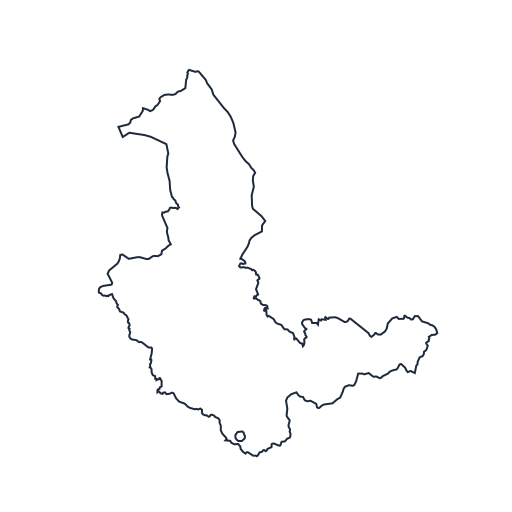 Bambesa, Orientale, Democratic Republic of the Congo, rotated 168°
{"feature_id": "63176286B69142293994365", "entity_name": "Bambesa", "entity_type": "district", "adm_level": 2, "iso_a3": "COD", "parent_name": "Democratic Republic of the Congo", "parent_adm1": "Orientale", "projection": "robinson", "projection_center": [25.884, 2.972], "detail": "fine", "context": "isolated", "style": "outline", "palette": "slate", "viewbox_px": 512, "rotation_deg": 168, "n_neighbors": 0, "source": "geoboundaries", "source_scale": "gbopen_adm2", "svg_char_len": 6092}
<svg xmlns="http://www.w3.org/2000/svg" viewBox="0 0 512 512"><g transform="rotate(168 256 256)"><path d="M125.0,108.5L122.0,115.4L120.6,116.4L119.9,118.9L116.9,122.9L113.9,123.4L112.4,124.9L111.5,127.5L109.3,128.4L107.9,130.2L106.7,132.6L107.7,135.1L107.5,135.9L104.7,136.9L104.6,138.0L103.7,139.0L103.8,140.9L100.7,142.2L96.8,141.8L94.7,143.0L95.0,146.8L96.2,149.8L98.3,151.8L99.7,152.3L101.7,154.5L107.2,157.5L110.0,163.5L113.2,164.2L115.7,161.5L117.5,161.6L118.8,163.4L120.8,164.3L122.7,166.7L123.3,166.6L124.2,164.2L125.0,163.9L129.5,164.8L131.0,167.2L135.7,166.6L141.1,162.6L143.3,157.7L145.6,155.3L150.4,153.2L153.1,153.9L154.7,155.7L155.4,155.9L156.7,154.5L159.9,152.9L161.2,154.3L162.0,157.2L176.8,175.2L177.8,175.4L180.0,173.1L182.2,172.8L183.0,173.0L189.0,178.3L191.3,179.6L197.2,180.5L198.3,179.4L198.9,179.5L200.8,181.8L201.2,181.3L201.2,179.1L205.0,180.5L205.9,179.4L207.8,181.0L209.7,176.0L210.6,177.9L215.0,178.8L215.3,182.1L217.1,183.2L221.4,183.7L223.0,183.3L224.7,181.6L225.1,180.0L223.2,175.6L221.9,174.1L224.3,172.6L224.7,171.8L224.0,170.3L224.1,168.4L223.3,166.5L223.5,165.8L225.5,165.2L226.2,164.3L226.7,161.0L227.9,158.7L228.9,158.0L229.0,160.8L230.9,161.6L233.8,167.0L234.5,167.2L235.8,166.4L236.0,167.0L235.2,169.0L235.8,172.8L239.1,175.3L240.4,177.6L243.5,178.5L245.6,183.4L249.3,185.5L250.7,187.1L251.9,190.7L255.9,194.7L257.3,194.4L257.9,196.4L257.3,200.3L257.6,200.9L259.2,200.6L259.4,201.3L258.4,203.1L257.5,203.3L256.5,202.3L255.5,202.2L255.4,204.4L256.1,205.6L259.6,206.8L261.2,208.6L261.1,210.7L261.9,211.9L263.1,212.5L264.6,214.4L266.8,214.8L267.0,215.3L265.9,216.9L264.4,216.4L263.4,217.5L261.9,217.9L262.9,223.5L259.4,229.1L259.3,230.6L259.8,231.6L259.3,232.3L257.6,232.9L257.2,233.9L258.1,237.3L259.7,237.8L259.5,240.2L260.3,241.9L261.6,243.1L262.7,242.9L263.4,244.2L266.8,246.4L268.7,246.6L270.0,247.6L273.3,247.9L274.5,249.0L274.6,249.8L272.9,251.8L271.6,251.9L270.5,250.9L268.0,250.9L267.8,252.3L268.2,253.4L270.2,255.7L271.9,256.5L268.9,260.4L262.5,266.7L260.1,270.2L259.1,272.5L256.7,274.8L252.9,276.7L245.1,278.8L243.7,284.7L239.7,288.3L242.4,293.9L249.2,302.8L249.4,305.7L247.6,316.3L243.7,324.2L243.4,330.5L242.1,334.8L239.5,337.6L240.5,340.6L242.3,343.2L243.7,347.1L246.5,351.0L248.8,355.7L254.1,370.1L254.4,373.7L251.9,377.1L250.3,381.0L250.5,391.1L251.8,397.5L253.8,402.8L256.7,407.5L264.2,422.7L264.7,428.2L267.9,435.2L268.5,438.6L273.5,448.0L274.6,448.9L276.9,448.7L282.9,452.0L285.0,449.9L284.7,448.4L285.8,446.7L286.0,445.1L287.7,442.8L290.2,434.9L295.2,433.1L298.3,433.0L301.2,431.1L304.4,431.0L308.0,432.2L312.0,432.6L316.0,431.3L317.5,430.3L318.0,429.4L317.6,428.0L317.9,427.1L321.1,424.1L323.2,423.4L325.3,421.2L326.9,420.2L329.5,419.7L331.0,421.3L335.8,424.1L336.6,421.5L341.3,416.7L347.7,416.2L350.1,415.1L351.3,412.6L353.4,411.3L363.7,410.9L361.6,400.1L354.3,402.9L340.0,397.5L334.2,394.5L320.4,384.0L320.5,374.4L322.1,371.5L325.0,361.2L325.3,355.6L324.9,347.5L326.2,338.3L325.9,331.3L324.9,329.9L324.8,328.8L323.4,327.1L323.0,324.1L321.8,322.7L321.8,320.7L321.2,319.5L323.1,318.3L324.4,319.8L327.6,320.3L328.9,321.1L330.3,320.8L330.9,319.7L333.1,317.9L335.4,318.1L336.9,317.5L338.4,318.1L339.2,316.6L339.4,314.9L336.8,301.8L338.0,298.8L338.2,295.9L337.9,293.0L338.2,289.6L336.9,285.1L339.5,284.3L343.0,282.1L346.8,280.8L348.2,277.4L352.0,276.2L355.7,277.3L357.4,277.1L361.6,275.4L363.8,275.8L369.8,279.0L372.2,279.5L381.0,279.7L386.3,285.2L388.5,285.3L389.8,281.7L391.7,278.8L393.3,277.3L402.7,272.4L404.8,269.5L402.2,259.6L403.3,258.0L411.7,258.5L414.9,257.9L416.5,256.3L417.3,253.6L417.1,252.6L415.5,251.8L414.7,249.9L413.5,248.9L411.9,248.7L410.3,247.7L409.2,248.0L408.7,247.5L407.6,248.3L404.8,248.7L404.1,244.1L402.3,240.9L402.2,238.6L401.2,236.9L402.3,235.4L402.2,234.4L401.0,232.9L400.6,230.1L397.3,228.1L396.6,226.3L395.1,224.8L393.9,220.4L394.9,218.9L395.0,217.5L394.1,216.7L393.9,214.7L395.6,212.6L395.7,211.9L394.8,211.2L395.4,210.2L394.9,207.6L396.5,204.5L396.7,203.4L396.1,201.6L395.0,200.3L390.6,198.6L388.2,196.0L386.5,195.9L385.2,194.9L380.8,189.6L379.8,188.7L377.4,188.2L376.9,186.9L378.3,182.5L381.1,176.8L380.0,176.5L380.0,175.7L381.3,172.8L382.1,172.3L382.4,170.4L383.1,169.2L382.4,169.0L381.7,167.1L382.3,163.8L381.7,160.9L379.6,159.4L380.1,156.9L379.1,156.6L379.2,155.3L377.4,155.9L376.5,155.6L375.9,156.6L375.4,156.6L374.3,153.5L375.4,148.1L377.4,147.5L378.2,145.8L379.7,145.9L380.3,145.3L380.7,143.2L379.6,143.8L378.5,142.8L378.0,141.6L376.1,140.6L375.3,141.6L373.3,141.5L372.3,139.5L369.3,139.2L366.6,139.8L365.2,138.9L363.7,133.3L361.5,129.6L356.3,126.3L353.9,122.6L351.9,121.0L347.7,118.8L346.1,118.9L344.5,117.9L342.3,118.4L340.8,116.8L341.5,113.9L340.9,112.2L338.9,110.8L337.4,110.4L335.7,108.6L334.8,108.6L333.4,110.0L332.3,110.0L330.1,108.5L329.3,106.9L326.7,105.2L325.7,102.9L326.3,100.5L325.7,97.2L326.7,92.9L325.8,89.1L323.3,84.9L322.7,83.1L324.2,82.0L319.7,80.6L318.8,78.3L316.3,76.3L312.6,75.9L311.0,73.0L311.1,70.4L309.2,66.8L307.3,64.9L306.4,65.8L304.9,65.9L300.3,61.3L297.4,60.7L296.8,60.0L295.6,60.6L293.4,63.1L290.8,63.3L289.1,64.6L288.2,64.4L287.2,63.1L286.0,63.5L284.9,64.9L280.6,65.8L279.9,68.4L279.3,69.0L277.5,68.9L272.9,65.7L271.7,65.6L269.5,69.0L266.5,68.6L263.3,70.9L261.1,71.2L260.0,72.2L259.2,75.0L259.6,77.4L258.9,78.5L258.8,79.5L259.6,82.3L259.2,84.3L257.6,87.1L257.3,88.5L259.1,92.4L259.2,93.7L257.1,100.2L256.7,108.3L254.7,111.1L250.2,113.5L244.8,114.2L243.5,111.1L242.2,109.4L239.3,108.3L238.4,105.1L237.5,104.1L235.4,103.1L232.8,103.1L227.8,98.8L227.7,95.3L226.9,94.4L225.6,94.3L222.4,96.1L220.4,96.6L211.8,96.0L206.1,99.1L203.2,99.9L199.2,105.4L197.9,107.9L196.2,109.6L192.0,110.3L188.1,108.9L186.6,109.5L184.2,112.5L180.5,119.7L176.5,118.9L174.6,117.7L170.1,118.1L166.8,114.0L165.9,113.4L163.5,113.2L160.3,110.7L159.0,110.9L157.1,112.1L151.2,113.6L149.4,115.0L146.1,115.7L142.2,115.8L140.9,116.7L138.2,120.0L136.5,120.2L133.4,115.8L132.5,112.3L131.7,110.9L128.7,111.4L125.0,108.5ZM306.1,87.3L304.9,86.0L304.3,81.8L305.0,79.9L308.3,78.0L311.6,78.7L312.9,80.0L313.7,81.8L313.8,83.7L313.1,85.5L310.7,87.6L306.1,87.3Z" fill="none" stroke="#1e293b" stroke-width="2"/></g></svg>